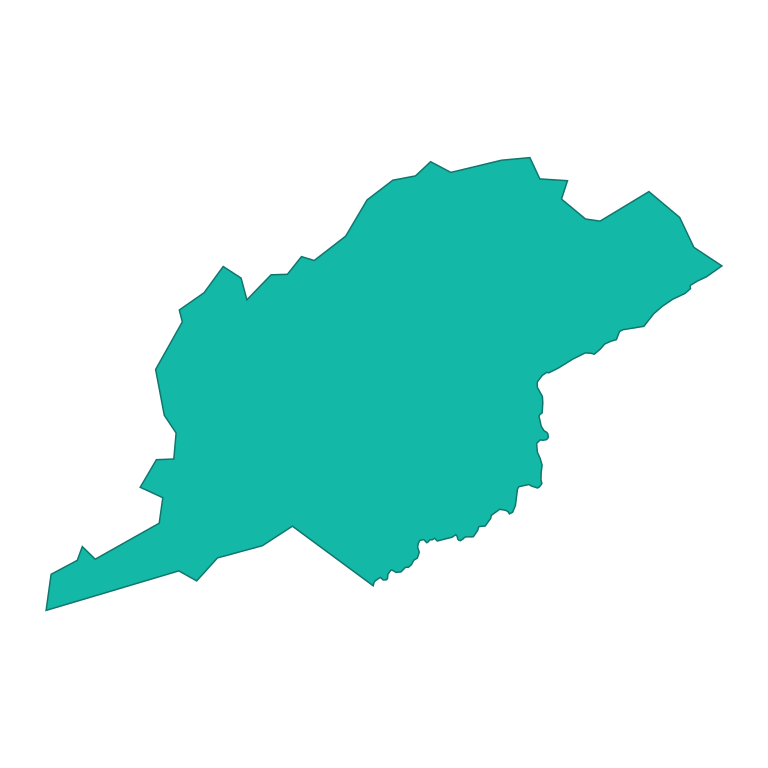 Letcher, Kentucky, United States of America
{"feature_id": "52423323B26336068765795", "entity_name": "Letcher", "entity_type": "district", "adm_level": 2, "iso_a3": "USA", "parent_name": "United States of America", "parent_adm1": "Kentucky", "projection": "albers", "projection_center": [-82.803, 37.114], "detail": "fine", "context": "isolated", "style": "filled", "palette": "teal", "viewbox_px": 768, "rotation_deg": 0, "n_neighbors": 0, "source": "geoboundaries", "source_scale": "gbopen_adm2", "svg_char_len": 1999}
<svg xmlns="http://www.w3.org/2000/svg" viewBox="0 0 768 768"><path d="M223.2,266.5L204.1,292.7L179.3,310.0L182.3,321.9L155.6,369.5L164.3,415.3L176.1,433.0L173.8,459.0L156.4,459.7L140.2,487.3L162.8,497.7L159.2,523.2L95.2,559.2L82.3,546.6L77.3,560.3L51.1,574.3L46.1,610.4L178.8,570.9L196.7,580.9L217.5,557.9L262.4,545.7L292.4,526.2L373.2,585.8L374.0,582.5L375.1,581.0L376.0,580.2L376.8,579.9L378.1,578.8L380.4,577.4L383.1,579.9L386.1,579.9L387.5,578.7L387.9,574.2L391.0,570.0L392.2,570.3L393.6,570.9L395.9,572.4L401.0,571.9L405.3,567.5L406.7,567.2L408.4,567.3L411.4,564.7L413.8,560.2L417.3,558.1L419.3,552.2L417.6,547.3L418.3,543.5L419.9,540.4L423.8,539.6L426.7,542.7L427.7,542.3L430.1,539.7L432.1,539.8L434.7,538.3L437.2,541.0L452.2,537.2L455.7,534.7L457.2,536.4L457.7,539.0L458.7,540.1L460.3,540.7L463.2,538.9L463.7,538.2L465.3,537.1L465.5,536.9L473.3,536.8L477.6,530.6L478.8,526.6L485.2,526.0L490.6,518.5L491.4,515.3L499.7,509.3L505.6,510.3L508.1,511.7L509.4,513.9L512.6,512.3L515.4,505.6L517.5,489.0L518.9,486.7L529.1,484.5L531.3,486.0L537.5,488.0L538.9,487.2L539.3,487.0L541.9,483.6L541.0,480.0L541.1,473.1L542.1,465.1L540.2,458.5L537.4,452.3L536.6,443.4L540.4,439.8L542.8,440.3L546.6,439.6L548.4,437.4L547.9,434.0L546.8,432.4L544.0,430.7L541.2,426.2L539.0,416.2L539.7,414.7L542.2,412.8L542.8,402.7L542.4,396.4L537.4,387.5L537.2,383.0L537.5,381.7L542.2,375.5L546.5,372.5L548.8,372.8L558.6,367.9L572.6,359.2L585.3,352.9L591.2,353.3L594.3,354.2L600.3,349.1L604.6,344.1L610.7,341.3L616.4,339.6L619.5,331.6L621.2,330.6L623.1,329.7L643.9,326.3L653.7,313.8L662.3,306.3L672.8,299.2L685.2,293.3L690.5,288.6L690.0,286.2L690.9,285.0L697.5,281.0L706.3,276.9L721.9,265.9L693.9,247.4L679.7,217.5L648.9,191.6L600.1,221.1L585.5,219.0L561.5,199.1L567.5,180.7L539.8,178.9L529.9,157.6L501.6,160.2L450.8,172.4L430.6,161.7L415.5,175.9L392.8,180.2L367.1,199.9L345.7,236.1L314.2,260.5L301.5,256.6L287.4,274.3L271.1,274.8L246.9,299.8L241.1,278.1L223.2,266.5Z" fill="#14b8a6" stroke="#0f766e" stroke-width="1.5"/></svg>